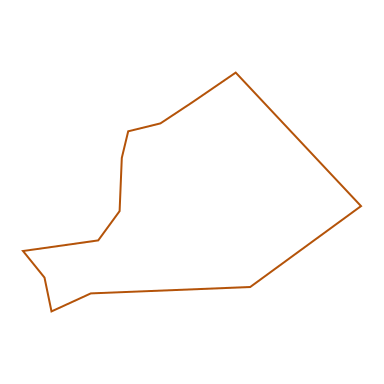 Qala, Natural Earth projection
{"feature_id": "MLT-5980", "entity_name": "Qala", "entity_type": "state/province", "adm_level": 1, "iso_a3": "MLT", "parent_name": "Malta", "parent_adm1": "", "projection": "natural_earth1", "projection_center": [14.311, 36.036], "detail": "fine", "context": "isolated", "style": "outline", "palette": "amber", "viewbox_px": 384, "rotation_deg": 0, "n_neighbors": 0, "source": "natural_earth", "source_scale": "10m", "svg_char_len": 288}
<svg xmlns="http://www.w3.org/2000/svg" viewBox="0 0 384 384"><path d="M235.7,72.6L361.0,206.1L250.2,287.0L90.8,293.4L51.5,311.4L44.5,277.6L23.0,251.0L98.2,240.4L119.6,211.1L121.8,157.9L128.2,131.3L160.4,123.4L192.6,102.1L235.7,72.6Z" fill="none" stroke="#b45309" stroke-width="2"/></svg>